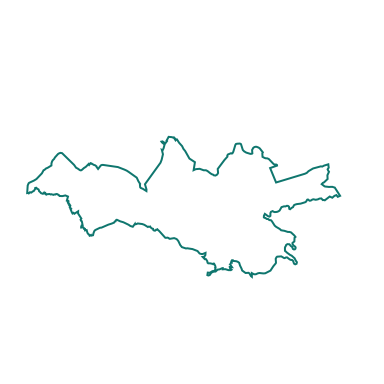 outline of Jalcomulco, Veracruz, Mexico, rotated 133°
{"feature_id": "50627088B48906851597033", "entity_name": "Jalcomulco", "entity_type": "district", "adm_level": 2, "iso_a3": "MEX", "parent_name": "Mexico", "parent_adm1": "Veracruz", "projection": "mercator", "projection_center": [-96.756, 19.335], "detail": "fine", "context": "isolated", "style": "outline", "palette": "teal", "viewbox_px": 384, "rotation_deg": 133, "n_neighbors": 0, "source": "geoboundaries", "source_scale": "gbopen_adm2", "svg_char_len": 6030}
<svg xmlns="http://www.w3.org/2000/svg" viewBox="0 0 384 384"><g transform="rotate(133 192 192)"><path d="M231.7,123.4L232.1,122.5L233.8,121.8L234.9,122.2L236.0,123.1L238.9,123.9L240.2,125.5L242.3,124.1L242.0,123.2L240.7,122.4L237.9,122.8L236.6,122.4L235.3,121.7L234.1,120.5L231.3,120.3L229.8,119.1L227.0,117.9L226.7,117.6L227.6,116.8L225.7,115.0L224.3,112.1L222.7,110.3L221.8,110.1L221.7,112.5L221.1,113.2L219.7,111.5L219.4,112.8L219.7,113.0L219.2,113.5L219.2,113.9L218.9,114.3L218.9,114.8L218.3,114.7L216.7,115.5L216.4,114.9L215.4,116.1L214.6,116.2L214.0,115.5L214.2,114.7L212.5,112.5L211.8,110.9L211.6,109.2L213.0,106.8L214.3,103.4L215.2,101.8L214.7,97.6L212.5,95.5L212.4,94.3L213.3,91.5L213.2,90.4L210.5,92.9L209.9,90.6L208.6,89.2L206.6,88.4L205.3,87.5L202.9,84.3L201.5,83.0L196.0,81.0L190.7,81.9L187.0,82.1L186.3,82.5L183.8,85.2L182.2,85.7L181.2,85.6L178.2,82.8L177.5,79.6L177.1,79.1L175.7,78.6L175.0,77.9L174.7,74.8L174.4,73.7L173.4,72.2L173.5,70.9L174.5,69.2L174.8,68.3L174.5,67.2L173.2,66.6L171.8,67.4L171.4,69.4L170.5,71.8L170.6,75.8L171.1,77.2L171.6,81.6L171.5,82.8L171.7,83.5L171.5,84.0L169.4,86.0L168.6,86.4L168.0,86.4L166.6,87.0L165.1,86.7L163.8,85.1L164.1,83.1L163.9,81.3L164.8,79.3L164.5,78.3L163.8,77.7L162.9,77.7L161.9,78.4L161.6,79.2L161.9,81.2L161.5,83.1L160.6,83.8L158.4,83.4L155.5,85.8L154.3,85.7L154.0,87.6L154.0,92.0L154.7,93.4L155.8,94.6L157.4,98.0L159.2,100.7L159.2,102.6L160.1,106.7L160.2,108.6L158.9,113.6L158.8,115.0L159.8,116.3L159.8,117.7L160.8,119.1L160.9,120.6L161.5,121.5L161.5,122.2L160.3,123.2L158.3,123.8L157.8,119.7L157.1,118.5L156.0,118.4L153.9,120.3L152.6,120.7L151.0,120.0L150.7,118.6L150.2,117.7L148.6,116.3L147.2,115.6L145.8,115.3L142.0,116.2L139.7,114.9L138.8,113.8L137.4,113.2L136.7,112.3L136.6,111.1L138.0,109.3L137.7,108.5L135.7,108.3L134.2,107.8L132.1,108.4L130.9,108.0L129.4,107.1L126.4,104.6L122.4,102.3L121.2,102.0L119.1,102.5L118.4,102.1L118.2,100.1L117.3,99.3L115.4,98.8L114.5,98.2L113.3,96.2L111.5,94.9L109.9,94.3L108.5,93.0L108.7,90.8L108.0,90.2L107.5,89.2L101.4,88.2L100.5,85.5L97.7,85.2L95.8,84.3L96.1,82.1L93.8,81.1L91.4,90.6L92.6,93.0L94.9,95.3L97.3,98.5L97.5,99.3L97.8,102.5L96.1,102.5L94.8,102.0L90.0,101.7L87.4,104.4L83.8,105.6L83.5,106.9L82.9,108.3L81.0,108.6L78.8,111.2L82.6,113.4L84.6,114.1L85.3,115.2L92.2,119.5L97.3,121.0L99.8,121.1L101.7,121.9L127.7,137.0L121.2,151.2L114.7,147.8L114.3,148.3L114.4,149.0L115.7,150.5L115.9,151.5L115.5,158.2L116.0,159.8L117.1,161.1L117.6,162.2L118.2,164.4L115.7,167.0L114.7,167.2L113.9,172.1L114.1,173.6L114.9,175.6L115.6,176.4L116.6,177.0L117.9,177.3L120.3,176.7L122.6,174.2L123.2,174.3L124.3,175.3L126.2,179.2L126.7,181.6L126.6,183.5L123.6,188.8L123.9,190.0L126.0,192.0L127.0,192.6L128.0,192.4L134.5,189.2L136.2,188.8L136.8,189.2L137.0,189.9L140.0,191.3L141.2,191.1L142.0,190.2L146.4,190.1L157.6,188.9L160.3,185.9L162.0,185.5L163.9,186.0L164.9,187.4L164.9,188.3L165.5,189.7L165.8,191.3L166.1,195.0L166.6,196.6L168.1,198.2L169.8,202.2L172.7,204.8L174.9,205.7L168.2,210.2L169.3,216.7L166.7,224.9L166.3,227.7L165.2,230.5L164.8,235.0L163.8,238.9L164.4,239.4L165.4,239.3L165.2,240.1L164.8,239.8L164.5,240.3L164.4,242.5L165.0,242.6L165.6,244.1L167.6,246.7L171.8,245.6L171.8,245.0L174.6,244.7L175.1,248.1L176.0,248.7L176.2,247.9L176.0,244.4L179.4,242.6L181.6,241.9L181.8,242.7L184.2,239.0L189.1,236.2L192.1,235.0L218.4,231.7L221.2,227.0L222.4,226.0L223.2,230.1L224.0,232.3L223.9,233.1L222.1,235.2L221.5,235.4L220.7,238.5L219.2,242.2L220.5,252.0L220.9,254.3L221.7,256.7L224.3,263.2L232.9,275.6L233.6,276.3L234.8,276.8L239.2,276.4L238.7,279.0L238.4,279.3L238.5,280.9L239.2,282.5L239.5,284.1L240.1,285.0L240.2,285.4L239.9,285.5L240.1,285.9L242.3,285.7L242.0,286.7L245.9,286.8L248.3,287.4L250.8,287.6L251.8,287.9L252.2,288.3L252.5,289.1L252.8,291.5L253.3,293.4L252.6,296.7L252.2,313.5L253.1,314.9L254.2,315.5L255.6,315.9L260.3,315.8L261.8,315.4L263.8,315.5L265.3,315.1L266.9,314.3L268.5,312.9L272.8,314.1L274.3,314.8L276.5,315.0L277.3,315.4L280.7,314.5L288.6,314.6L291.5,315.4L296.4,317.4L297.1,317.4L299.3,316.6L305.2,311.8L304.1,310.9L304.2,310.4L302.6,310.3L302.5,309.8L302.0,309.1L300.2,308.9L299.4,308.4L297.0,308.7L296.0,309.4L295.1,308.8L295.1,308.0L295.3,307.3L294.9,306.6L294.8,305.9L295.7,304.3L295.6,303.4L295.8,301.6L295.0,299.8L294.0,299.8L294.2,299.6L292.8,298.7L293.4,298.0L293.1,297.5L293.4,297.2L293.2,296.7L292.7,296.7L290.6,294.8L290.2,293.7L289.6,293.4L288.5,291.3L287.8,291.1L286.9,290.1L286.1,290.0L285.3,288.8L285.3,287.3L285.0,286.9L285.2,286.1L283.3,283.9L280.9,282.3L279.9,279.6L283.6,277.7L282.8,276.4L283.0,276.1L283.9,276.4L284.7,274.8L284.3,274.6L284.9,273.5L284.8,273.4L285.0,273.2L284.6,273.1L284.9,271.8L285.6,271.7L286.0,270.9L286.6,270.8L286.7,269.1L287.3,269.3L288.8,266.0L289.2,264.7L288.0,264.4L288.1,263.2L283.8,262.1L285.4,260.7L286.9,254.8L288.2,254.6L288.7,253.6L288.5,253.0L288.9,252.1L291.0,249.2L291.7,249.9L293.1,249.3L293.6,248.8L292.2,247.5L292.0,246.7L292.6,245.8L292.0,245.1L293.0,244.0L291.7,243.1L293.2,240.6L293.5,239.0L293.4,238.9L293.4,238.1L293.8,237.1L292.3,236.6L292.6,235.9L291.1,234.9L289.2,236.0L287.2,236.8L285.8,236.8L280.9,234.9L279.8,233.9L272.9,230.9L269.9,229.2L267.5,228.1L266.3,228.4L265.6,227.9L264.6,228.3L263.9,228.3L263.5,227.9L262.4,224.5L260.9,221.5L259.2,216.0L258.9,213.9L257.8,211.6L254.3,212.0L254.6,211.6L253.2,210.7L252.0,210.2L249.4,206.6L248.5,204.5L247.7,200.4L246.9,200.1L246.3,199.2L245.8,199.0L246.1,198.1L246.0,196.4L245.5,195.4L246.2,194.3L246.0,193.3L245.4,192.6L244.0,192.5L243.8,192.1L242.9,191.9L243.0,191.0L242.9,189.4L243.7,180.4L243.4,179.9L242.0,178.7L241.6,177.6L241.7,177.3L241.4,176.3L237.9,173.6L237.1,171.7L236.9,170.7L237.2,168.5L238.8,164.5L239.2,161.8L237.4,157.9L236.4,157.1L233.4,152.7L231.4,147.7L231.8,144.5L231.0,142.9L230.1,141.9L227.3,140.6L229.0,139.2L230.9,138.9L232.2,139.9L232.3,137.9L232.0,138.1L232.0,137.4L232.3,137.0L231.6,135.9L232.2,133.6L233.1,132.4L233.1,131.5L231.6,129.8L230.5,127.8L229.9,127.5L230.1,127.1L229.4,126.8L230.1,124.8L231.0,123.4L231.7,123.4Z" fill="none" stroke="#0f766e" stroke-width="2"/></g></svg>